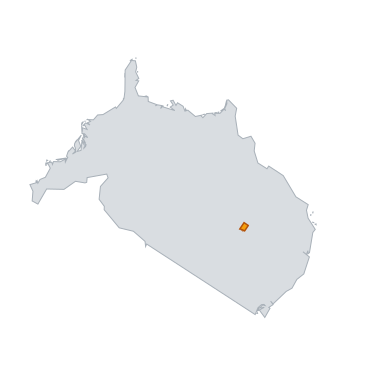 Duchesne, Utah, United States of America shown in context, rotated 214°
{"feature_id": "52423323B70589658228764", "entity_name": "Duchesne", "entity_type": "district", "adm_level": 2, "iso_a3": "USA", "parent_name": "United States of America", "parent_adm1": "Utah", "projection": "orthographic", "projection_center": [-110.49, 40.32], "detail": "fine", "context": "in_parent", "style": "filled", "palette": "amber", "viewbox_px": 384, "rotation_deg": 214, "n_neighbors": 0, "source": "geoboundaries", "source_scale": "gbopen_adm2", "svg_char_len": 4333}
<svg xmlns="http://www.w3.org/2000/svg" viewBox="0 0 384 384"><g transform="rotate(214 192 192)"><path d="M299.6,122.6L314.2,113.2L313.0,95.8L319.5,95.2L324.3,103.7L330.5,107.5L326.1,112.8L326.6,114.6L324.7,113.1L325.0,117.4L321.8,122.2L322.8,132.5L327.2,134.9L328.7,133.5L327.5,132.1L328.4,132.6L329.4,134.3L324.9,138.3L323.1,136.8L323.8,139.8L318.1,143.4L315.0,149.2L314.6,147.0L313.7,145.9L314.4,151.3L316.0,151.5L317.2,155.8L316.1,162.5L311.5,160.8L312.3,156.6L310.8,159.9L313.2,163.2L315.4,164.6L316.5,166.9L315.6,177.3L314.9,171.3L309.8,167.7L309.9,161.4L307.3,164.4L311.3,171.9L307.3,170.8L306.3,171.5L306.4,168.6L306.1,167.9L305.7,170.3L306.3,172.0L312.2,173.0L311.6,174.9L308.5,173.0L307.5,172.9L311.4,175.1L312.8,175.2L312.8,177.6L310.8,176.6L314.2,178.7L313.8,179.3L312.1,178.3L308.9,178.8L313.6,180.2L315.9,179.0L320.7,185.4L316.7,180.6L318.7,184.0L314.0,185.2L318.4,187.4L319.6,185.7L318.8,189.8L314.1,190.5L317.3,191.1L315.6,193.8L318.7,193.9L314.1,196.7L313.3,203.1L309.1,206.4L303.0,219.7L301.5,219.0L300.4,229.3L300.7,231.6L303.9,237.9L315.6,255.7L315.7,267.2L312.3,269.1L307.6,264.6L305.9,260.1L299.6,256.4L300.8,253.3L298.3,254.3L297.7,246.8L290.2,241.7L281.5,246.2L278.9,242.6L269.8,244.8L270.6,242.9L269.3,245.0L265.3,246.8L264.7,243.6L264.4,246.1L251.8,249.9L257.5,250.2L256.2,253.6L260.8,255.5L259.0,257.5L253.7,254.8L253.9,257.9L247.3,258.1L243.1,255.1L241.2,257.5L231.4,256.5L226.4,261.7L227.7,260.3L224.5,259.7L223.7,265.2L218.3,269.5L219.5,268.3L215.6,268.3L217.1,269.9L212.8,272.8L211.7,278.8L209.6,278.2L211.5,279.4L212.4,284.6L214.6,287.5L213.3,288.8L201.8,286.4L198.6,279.0L185.6,264.9L179.6,264.6L174.3,271.2L167.0,267.7L163.4,260.8L153.6,252.9L142.8,253.2L142.9,256.4L125.5,256.6L103.2,246.1L88.6,246.5L86.9,240.9L81.1,235.2L68.9,229.9L69.2,226.0L60.7,207.4L61.3,205.6L63.1,208.2L62.2,204.2L66.6,204.5L58.4,203.8L53.5,186.6L56.2,178.2L55.3,168.2L58.3,162.3L62.2,144.5L65.8,145.5L61.8,144.0L63.8,139.3L62.3,139.2L61.5,128.7L70.2,131.8L67.6,136.8L71.1,133.5L70.2,137.9L67.9,138.7L69.4,139.1L71.4,137.5L72.6,133.0L71.1,125.7L200.5,123.5L200.0,120.9L203.3,124.8L218.6,126.7L232.3,121.6L254.9,128.2L256.7,131.1L264.9,134.0L271.0,145.4L269.5,156.8L272.7,159.2L287.0,145.3L284.7,141.1L285.8,139.7L294.6,135.7L299.6,122.6ZM320.7,144.5L323.1,142.7L315.1,150.0L321.2,142.9L320.7,144.5ZM71.2,130.1L72.0,133.1L71.8,133.5L70.5,131.2L71.2,130.1ZM214.3,286.6L212.3,282.3L212.1,279.6L212.7,282.3L214.3,286.6ZM326.9,112.8L327.5,114.2L327.0,114.1L326.9,112.8ZM243.4,256.4L243.9,257.4L242.7,256.8L243.4,256.4ZM73.4,234.8L74.9,234.3L75.0,234.5L73.4,234.8ZM71.9,234.2L71.3,234.9L70.8,234.2L71.9,234.2ZM327.3,137.3L327.0,138.5L326.7,138.4L327.3,137.3ZM212.7,277.1L212.1,279.3L213.7,275.0L212.7,277.1ZM312.1,249.7L314.3,253.2L311.7,249.4L312.1,249.7ZM80.5,239.0L81.1,240.2L80.4,239.1L80.5,239.0ZM316.4,267.5L315.6,269.2L316.8,265.9L316.4,267.5ZM322.0,187.7L321.4,189.7L321.0,185.6L322.0,187.7ZM70.3,127.7L70.2,128.5L69.7,128.0L70.3,127.7ZM217.3,270.7L215.3,272.0L217.3,270.4L217.3,270.7ZM329.9,136.4L330.3,137.3L329.4,137.5L329.9,136.4ZM80.3,242.2L80.7,243.6L80.1,242.3L80.3,242.2ZM214.9,272.9L214.1,273.5L214.7,272.6L214.9,272.9ZM316.7,168.7L316.4,171.3L316.6,167.8L316.7,168.7ZM225.9,262.7L224.7,263.8L226.4,262.0L225.9,262.7ZM300.9,230.3L301.1,232.0L300.7,230.9L300.9,230.3ZM319.2,193.9L318.9,194.4L319.6,192.7L319.2,193.9ZM284.7,244.9L283.4,246.2L282.7,246.2L284.7,244.9ZM264.7,246.7L264.4,247.1L263.5,247.2L264.7,246.7ZM304.2,260.9L304.7,261.9L303.9,260.7L304.2,260.9ZM261.1,250.1L261.0,251.3L260.6,249.3L261.1,250.1ZM313.6,271.6L312.8,272.0L313.9,271.2L313.6,271.6ZM317.3,156.6L317.2,157.9L317.2,156.1L317.3,156.6ZM320.7,190.4L320.3,191.0L320.2,191.0L320.7,190.4Z" fill="#d9dde1" stroke="#a8b0b8" stroke-width="1"/><path d="M126.6,189.4L126.6,191.2L126.6,192.9L126.6,193.7L126.6,195.1L126.8,195.1L126.8,195.7L128.7,195.7L131.7,195.7L131.7,192.1L131.7,190.7L131.7,188.5L131.4,188.5L131.4,188.4L131.3,188.5L131.2,188.5L130.9,188.5L130.7,188.5L130.7,188.4L130.4,188.4L130.2,188.4L129.9,188.3L129.7,188.4L129.6,188.5L129.4,188.7L129.2,188.6L129.0,188.8L128.9,188.8L128.9,188.7L128.9,188.8L128.7,188.8L128.4,188.9L128.2,188.9L128.0,189.0L127.9,189.0L127.7,189.0L127.7,188.9L127.6,189.0L127.4,189.0L127.2,189.1L126.9,189.1L126.7,189.1L126.6,189.4L126.6,189.4Z" fill="#f59e0b" stroke="#b45309" stroke-width="1.5"/></g></svg>